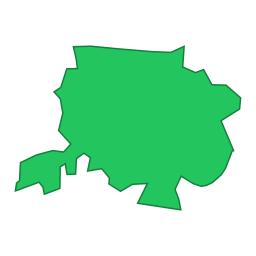 outline of Kuva, Ferghana, Uzbekistan
{"feature_id": "79887680B41793707673960", "entity_name": "Kuva", "entity_type": "district", "adm_level": 2, "iso_a3": "UZB", "parent_name": "Uzbekistan", "parent_adm1": "Ferghana", "projection": "robinson", "projection_center": [72.012, 40.528], "detail": "fine", "context": "isolated", "style": "filled", "palette": "green", "viewbox_px": 256, "rotation_deg": 0, "n_neighbors": 0, "source": "geoboundaries", "source_scale": "gbopen_adm2", "svg_char_len": 840}
<svg xmlns="http://www.w3.org/2000/svg" viewBox="0 0 256 256"><path d="M180.8,209.8L178.7,199.1L175.0,189.4L181.2,176.2L193.4,183.7L201.4,186.3L206.4,185.4L212.7,182.4L213.3,181.8L221.3,174.7L225.4,168.5L232.2,151.0L233.6,150.7L221.0,120.7L239.6,109.0L240.6,97.9L226.0,85.1L211.9,84.8L203.6,69.6L195.4,72.6L182.7,67.0L184.1,46.4L170.8,52.4L152.8,51.7L118.7,48.9L90.8,46.2L73.4,46.7L76.2,59.0L77.5,68.6L66.8,68.8L60.8,87.4L54.0,91.9L60.4,98.9L62.8,113.2L58.6,130.5L70.8,144.0L63.7,152.0L52.6,150.6L36.7,154.9L20.5,162.6L19.5,180.7L16.6,183.0L15.4,190.9L39.1,182.2L42.9,187.1L44.4,194.2L59.9,188.4L60.2,166.8L65.3,163.7L67.0,174.4L75.6,174.1L76.4,158.6L83.9,153.2L90.4,157.7L87.6,171.1L101.7,168.7L109.4,177.9L108.9,183.9L120.5,191.3L132.4,184.3L147.4,183.5L137.6,203.3L180.8,209.8Z" fill="#22c55e" stroke="#15803d" stroke-width="1.5"/></svg>